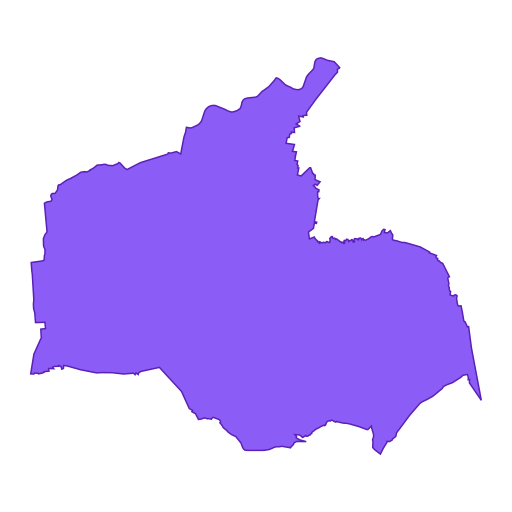 Tanhuato, Michoacán, Mexico
{"feature_id": "50627088B17756192090146", "entity_name": "Tanhuato", "entity_type": "district", "adm_level": 2, "iso_a3": "MEX", "parent_name": "Mexico", "parent_adm1": "Michoacán", "projection": "orthographic", "projection_center": [-102.336, 20.272], "detail": "fine", "context": "isolated", "style": "filled", "palette": "violet", "viewbox_px": 512, "rotation_deg": 0, "n_neighbors": 0, "source": "geoboundaries", "source_scale": "gbopen_adm2", "svg_char_len": 6012}
<svg xmlns="http://www.w3.org/2000/svg" viewBox="0 0 512 512"><path d="M233.1,111.9L231.3,112.0L228.3,111.1L224.8,109.3L215.6,105.6L214.4,105.4L212.1,105.5L211.1,105.7L208.8,106.6L206.6,108.4L205.2,110.3L204.6,111.6L201.9,119.9L201.4,121.1L199.6,123.5L197.7,125.0L191.9,127.7L190.1,128.0L186.4,127.3L185.6,132.1L184.0,136.9L180.7,154.0L176.5,151.6L170.9,153.1L168.3,152.8L168.1,153.7L167.4,154.2L140.5,162.6L127.1,169.5L124.8,168.2L120.0,163.0L118.9,162.5L117.8,163.6L112.6,165.7L107.7,165.3L106.0,164.4L103.9,164.3L101.8,164.8L97.2,165.1L92.8,168.6L90.0,169.9L90.1,170.4L87.0,171.9L85.4,172.0L85.4,171.7L83.8,171.7L80.7,172.3L76.9,175.0L71.3,178.0L71.2,178.3L68.7,179.2L66.0,180.6L61.0,184.1L60.7,184.6L58.6,184.9L58.0,185.9L57.5,189.9L55.1,193.4L52.2,193.5L51.5,194.1L50.7,195.8L52.0,199.6L51.1,201.2L46.9,201.9L44.4,203.2L47.0,231.5L46.7,232.4L44.9,234.8L43.4,238.7L43.5,245.1L43.8,246.8L44.9,249.2L45.0,251.1L44.9,254.2L44.4,255.4L44.1,260.2L42.4,260.9L31.2,262.5L31.8,270.8L32.3,274.4L33.8,299.8L33.4,304.1L33.6,308.5L34.8,313.1L35.5,322.6L44.9,322.3L45.5,328.6L40.8,329.1L41.2,336.5L41.5,337.2L33.9,354.1L30.7,373.9L34.0,374.0L34.5,373.1L38.2,373.3L38.6,373.9L42.2,373.1L44.0,372.4L44.0,371.7L49.0,371.1L48.6,368.5L53.7,368.7L52.5,367.3L54.3,366.4L58.4,366.3L58.5,365.5L59.5,365.6L60.1,366.4L61.2,366.7L61.7,369.1L62.9,368.8L63.5,368.3L63.6,365.5L67.3,366.0L80.8,369.8L96.7,372.9L101.6,372.6L112.1,372.7L123.5,374.0L133.5,373.2L135.1,374.7L136.1,373.0L138.2,374.5L138.4,373.3L139.7,372.1L141.4,371.3L159.4,367.4L181.5,391.4L189.3,408.6L192.6,410.4L191.8,411.6L192.8,412.2L193.2,412.2L193.7,412.8L195.4,413.5L198.5,419.5L201.3,419.0L204.9,417.8L206.1,418.4L207.7,418.8L208.5,418.6L211.4,419.2L212.2,417.9L213.2,417.3L219.2,419.6L219.6,419.9L220.6,421.5L219.9,422.8L221.7,424.9L223.4,427.8L226.3,430.1L228.2,432.2L231.7,434.7L235.7,436.5L240.9,442.9L242.7,447.6L243.7,449.1L244.8,450.1L247.9,450.4L262.3,450.4L265.3,450.2L269.6,449.4L274.3,447.3L276.6,446.7L278.9,446.8L282.0,446.3L290.5,447.8L291.3,446.6L293.5,444.5L293.7,443.6L294.3,442.7L296.6,441.5L306.2,441.6L300.2,440.0L296.2,437.9L296.5,436.6L294.9,434.6L299.6,435.0L302.0,436.8L302.2,437.3L302.8,437.5L305.7,435.5L306.3,436.3L307.9,436.1L309.1,435.1L310.1,435.0L310.3,434.2L311.7,433.5L311.8,432.4L316.4,428.9L317.7,428.4L321.5,426.2L324.3,425.1L324.4,425.5L324.8,425.6L325.6,424.9L326.6,422.2L327.8,421.2L329.9,420.6L330.2,421.0L331.4,420.2L332.7,420.4L334.2,421.6L334.8,421.6L335.8,422.1L336.4,421.4L337.1,421.8L337.5,421.7L341.5,422.8L344.1,423.2L346.5,423.3L349.5,423.9L358.9,426.6L367.0,429.6L367.9,429.5L371.4,426.1L371.8,428.6L373.5,434.1L373.6,436.7L372.5,439.8L373.0,441.9L372.7,447.5L374.7,449.7L380.4,454.1L383.3,448.3L386.9,442.4L386.9,441.4L389.5,441.6L392.3,439.9L392.5,439.1L395.8,436.4L396.6,432.8L409.4,415.6L420.0,403.3L422.0,401.9L427.4,399.3L433.0,396.1L442.1,388.6L443.5,386.5L446.7,384.8L452.4,382.7L460.7,377.4L463.1,375.2L467.3,374.5L468.0,376.3L468.4,378.9L468.2,379.0L468.2,379.8L469.6,379.5L469.4,382.9L481.3,400.3L471.5,348.3L468.6,326.6L467.4,326.9L465.1,321.8L464.4,321.6L463.8,320.7L462.2,311.3L461.0,305.8L458.5,306.0L458.2,305.9L457.8,305.3L457.1,302.2L456.6,298.7L456.6,297.7L457.1,296.1L457.0,295.6L456.4,295.1L455.5,294.8L454.8,295.1L454.4,295.0L453.6,296.0L450.3,295.1L450.1,294.2L450.6,291.5L449.7,290.8L449.4,290.0L449.2,287.5L448.4,285.5L448.9,283.7L447.8,278.2L448.0,277.5L449.4,276.7L442.6,263.2L440.7,262.6L439.3,260.9L438.3,260.8L437.6,260.2L437.5,259.6L437.8,258.9L437.7,258.5L436.4,257.9L435.9,257.5L435.8,256.9L436.5,255.5L429.3,252.8L429.6,252.1L420.2,246.9L407.1,243.1L404.8,242.5L401.6,242.4L397.1,240.9L393.2,240.1L392.4,239.3L392.8,234.9L391.9,233.7L390.3,230.6L387.5,232.9L384.4,232.6L385.0,229.6L383.9,229.3L383.4,229.5L381.9,231.1L380.5,234.4L373.8,236.9L372.2,236.5L370.9,237.0L368.4,238.9L365.4,240.2L364.2,239.8L363.7,240.1L363.1,238.6L361.9,239.0L361.7,239.7L360.8,238.1L360.1,238.0L358.6,238.5L358.6,239.6L358.2,239.9L357.5,239.0L355.4,238.6L354.5,238.7L353.7,240.7L353.8,241.3L354.5,241.4L354.5,241.7L354.2,242.0L353.2,242.1L352.8,240.6L352.1,239.6L351.4,239.7L350.8,240.6L349.5,240.6L348.8,241.5L347.9,239.5L346.6,239.2L345.4,240.9L344.3,240.4L344.0,241.0L344.6,243.2L344.2,243.5L343.6,243.4L343.1,242.2L342.0,242.3L341.6,242.7L340.8,241.7L339.7,241.5L338.8,240.4L337.4,239.7L336.7,238.9L335.5,239.4L335.0,238.3L334.3,238.1L333.2,238.5L332.5,237.9L332.4,236.6L331.4,236.6L329.7,238.6L330.2,239.7L329.8,241.6L330.0,242.0L329.7,242.4L328.6,242.4L327.4,241.6L326.4,241.6L326.2,242.3L325.2,242.8L323.6,242.2L322.2,242.9L321.3,242.7L320.4,242.1L319.8,243.4L319.6,243.5L319.4,243.4L319.7,242.2L319.5,241.8L319.2,241.6L318.2,242.0L317.6,241.9L317.6,240.9L316.7,240.3L315.0,238.5L314.3,237.0L309.4,238.9L308.5,232.0L313.4,228.4L314.4,223.2L316.4,223.4L316.6,222.7L316.7,222.2L314.4,221.7L318.0,200.2L319.2,198.6L318.2,198.7L317.6,195.5L317.6,192.0L317.7,191.6L318.8,191.7L319.0,189.9L315.5,188.1L315.4,187.4L313.4,185.5L315.1,184.2L317.1,185.4L320.1,181.8L315.0,179.6L315.3,175.2L313.7,174.5L313.4,173.5L312.7,173.4L310.6,167.7L309.6,167.8L301.1,176.0L297.4,174.9L298.8,168.0L297.6,168.0L298.1,165.4L297.0,164.6L297.7,161.0L294.7,160.5L295.5,156.6L295.2,155.5L295.7,155.2L296.4,151.8L292.5,151.4L294.5,144.5L286.1,143.3L287.2,137.6L289.3,137.4L289.7,134.1L291.5,133.5L291.3,132.0L294.5,132.5L294.2,127.8L299.7,126.3L299.7,126.1L296.2,123.9L300.0,121.5L298.7,116.1L303.2,117.0L303.0,115.6L306.8,115.2L306.5,112.3L315.5,99.8L335.0,74.8L337.5,72.2L337.4,69.2L339.3,68.3L339.7,67.7L334.2,61.7L327.4,60.3L322.3,58.2L320.9,57.9L319.8,58.0L317.4,58.7L316.2,59.5L315.0,61.5L313.8,68.1L313.2,69.3L308.3,74.4L306.6,76.7L303.3,86.2L302.3,87.9L301.5,88.5L300.4,89.2L298.7,89.6L296.4,89.6L293.1,88.8L290.9,87.4L287.0,85.7L285.0,84.5L280.0,79.7L277.9,78.3L276.3,77.9L275.8,78.2L274.7,80.0L269.0,86.5L263.4,90.6L262.2,91.3L257.5,96.3L255.8,97.1L247.6,98.0L245.0,98.7L244.2,99.2L243.4,99.8L242.0,102.1L241.3,105.6L240.2,108.5L237.1,110.6L233.1,111.9Z" fill="#8b5cf6" stroke="#5b21b6" stroke-width="1.5"/></svg>